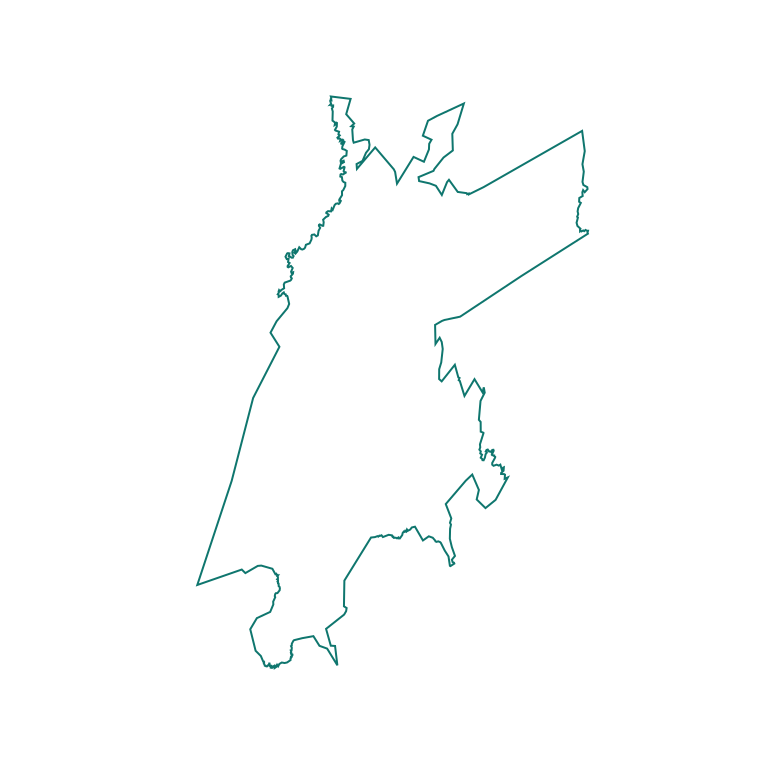 Variņu pag., Smiltenes, Latvia (Equal Earth projection), rotated 110°
{"feature_id": "27541924B26763457463148", "entity_name": "Variņu pag.", "entity_type": "district", "adm_level": 2, "iso_a3": "LVA", "parent_name": "Latvia", "parent_adm1": "Smiltenes", "projection": "equal_earth", "projection_center": [26.157, 57.319], "detail": "fine", "context": "isolated", "style": "outline", "palette": "teal", "viewbox_px": 768, "rotation_deg": 110, "n_neighbors": 0, "source": "geoboundaries", "source_scale": "gbopen_adm2", "svg_char_len": 6151}
<svg xmlns="http://www.w3.org/2000/svg" viewBox="0 0 768 768"><g transform="rotate(110 384 384)"><path d="M664.3,331.6L646.9,340.4L648.1,344.5L633.9,354.7L614.3,342.6L610.5,341.9L607.3,342.5L606.6,345.6L582.3,354.0L532.7,343.7L531.0,340.2L529.2,338.1L529.4,337.2L528.1,336.5L528.2,335.9L527.0,334.6L528.2,332.7L524.1,328.0L523.5,324.7L524.5,324.0L524.8,323.4L524.3,322.9L525.2,322.1L524.4,320.3L524.6,319.1L523.3,318.0L524.1,317.5L523.7,316.3L519.7,315.2L517.6,315.5L515.8,314.9L515.9,314.1L514.7,313.9L515.1,312.7L512.8,312.7L513.5,311.6L514.0,311.6L511.8,309.6L509.3,308.8L507.5,306.1L517.7,293.9L511.8,289.8L511.8,285.6L513.7,282.2L514.3,281.8L514.4,280.7L513.3,279.2L513.4,277.1L513.8,276.3L519.8,269.9L524.0,264.4L532.3,259.9L532.4,259.3L528.7,256.5L528.0,257.1L527.9,258.6L525.9,260.1L521.3,258.5L514.0,264.5L506.9,269.2L497.4,272.4L493.2,273.0L491.9,274.5L487.3,274.8L475.7,284.9L446.9,274.1L438.9,270.1L451.1,258.6L460.8,257.4L465.9,246.2L454.7,239.5L429.4,235.7L431.8,238.2L427.8,239.3L427.6,240.3L428.5,243.2L427.5,243.5L424.6,242.0L421.3,242.9L421.8,243.4L424.3,243.9L420.0,247.1L421.4,248.2L421.3,250.6L423.4,253.1L422.8,254.7L421.2,255.3L415.1,254.4L414.4,254.6L414.0,256.0L413.5,256.1L413.9,257.9L413.6,258.5L409.2,258.1L408.4,258.7L408.9,259.7L411.5,259.7L410.9,260.8L411.5,262.0L410.1,264.1L410.9,265.1L412.6,265.3L412.6,264.3L413.3,263.9L415.3,264.5L418.7,264.0L421.6,264.3L421.9,265.4L420.8,266.2L420.2,267.9L416.9,267.7L416.3,269.8L414.2,270.0L413.1,271.9L410.6,271.9L407.9,273.2L396.2,273.7L395.8,273.9L395.7,276.8L386.6,280.2L385.2,282.6L366.9,287.5L357.7,286.4L353.0,289.1L358.2,288.5L348.5,300.6L367.7,304.3L355.2,313.8L354.9,315.1L352.5,315.1L352.4,316.4L341.7,324.0L361.8,330.7L360.5,333.9L351.2,337.2L344.1,337.6L331.0,340.8L324.8,344.1L321.5,347.5L328.8,349.3L311.0,356.2L304.9,351.1L303.1,349.0L294.7,335.5L235.5,291.8L173.0,243.8L172.3,244.5L170.2,244.7L170.6,245.9L170.3,247.3L171.9,248.2L171.6,249.3L173.1,250.7L172.7,251.6L173.4,252.0L172.0,252.6L170.9,252.5L169.3,256.3L166.6,258.2L161.3,258.7L160.8,259.7L157.9,259.6L155.6,261.1L152.3,261.7L146.5,261.0L146.0,263.0L142.4,264.1L139.4,261.6L136.0,263.2L133.7,263.2L135.1,261.0L131.2,259.4L129.5,260.3L128.8,264.7L126.2,266.6L116.1,268.9L109.6,272.7L96.5,275.0L78.4,284.4L165.0,357.8L176.8,369.1L176.0,369.5L177.2,370.8L176.4,371.6L178.3,380.4L169.9,392.8L172.7,393.8L186.6,394.3L180.0,403.0L179.9,409.8L181.3,420.4L177.8,422.3L166.8,410.4L164.7,410.2L150.8,405.5L141.0,399.2L125.5,405.4L114.8,403.7L93.1,404.9L114.1,426.0L121.6,432.7L137.4,432.4L138.2,422.9L142.8,423.7L148.2,422.0L161.5,422.5L160.5,433.9L191.3,440.3L180.9,446.1L178.9,448.2L164.7,473.2L191.1,483.0L186.7,485.0L181.7,480.5L172.9,480.0L168.5,478.5L164.2,479.4L160.0,481.8L160.8,485.7L167.6,495.0L165.4,496.6L155.6,500.9L152.5,500.5L153.0,502.9L149.4,501.1L143.4,511.8L127.5,512.9L132.0,532.3L133.4,531.3L134.4,531.5L135.1,530.5L135.4,530.4L135.4,531.3L136.4,531.4L138.7,529.6L140.0,530.1L139.5,529.3L140.5,528.5L139.8,527.6L140.4,527.2L140.1,526.9L141.0,526.6L142.9,527.2L145.4,525.4L154.1,522.5L155.1,519.3L157.5,518.9L156.8,518.4L155.1,518.5L154.7,518.2L154.8,517.5L158.3,516.4L162.0,517.0L162.4,516.3L162.3,512.5L165.0,512.2L165.5,510.6L168.5,512.0L169.2,511.0L168.4,509.9L168.8,508.5L170.6,508.4L168.5,506.4L168.8,505.7L170.2,505.5L172.1,506.6L172.8,506.4L172.8,505.5L169.9,504.4L170.0,503.9L174.8,504.4L177.0,503.9L177.4,503.4L177.2,501.2L177.7,498.7L182.2,497.5L184.0,499.7L187.5,501.2L189.1,501.2L190.1,500.6L188.0,498.3L189.2,497.5L191.9,499.8L196.7,499.5L196.8,498.7L193.6,495.9L193.8,495.2L197.9,494.7L198.5,493.8L198.1,492.5L198.5,492.2L201.2,494.3L201.3,496.0L202.0,496.5L204.0,496.0L204.0,494.3L207.1,492.7L208.0,491.1L208.1,489.2L211.2,488.1L215.7,488.6L217.3,489.4L220.9,488.0L225.9,489.1L226.9,488.8L226.4,487.8L226.7,487.2L229.5,487.6L230.3,488.1L230.0,489.1L231.1,490.9L232.7,491.6L237.9,491.8L237.0,493.2L239.9,492.8L240.7,495.7L242.3,496.8L243.0,496.8L243.8,493.9L245.1,493.9L247.0,495.7L250.4,497.4L252.6,496.0L256.1,495.2L256.4,495.9L256.0,499.0L256.6,499.5L257.6,499.3L259.1,497.4L262.3,497.9L267.0,497.0L268.4,498.2L267.3,500.6L268.5,502.7L269.6,502.9L271.4,501.9L273.2,501.6L276.3,501.9L277.3,502.0L279.9,505.0L282.8,504.8L284.2,505.3L285.5,506.6L285.7,507.9L284.5,510.4L289.2,510.8L291.8,511.8L291.2,513.2L288.9,512.7L287.7,513.6L289.5,515.3L291.4,515.3L294.0,514.0L294.7,512.7L296.5,512.9L296.9,514.1L296.4,515.6L296.6,517.1L293.6,517.5L293.9,519.1L294.5,519.7L298.1,520.1L299.9,518.1L298.9,516.5L302.2,515.9L302.6,514.1L306.2,514.9L307.0,514.5L307.1,513.8L304.9,511.8L306.2,509.5L310.3,509.7L311.2,508.9L310.1,507.6L311.5,507.3L314.7,508.5L315.8,507.8L316.2,506.8L317.8,506.9L318.9,507.4L322.7,512.0L324.7,512.2L328.2,510.6L331.1,512.9L332.2,513.1L332.3,513.8L331.7,514.7L333.1,514.7L333.9,514.1L336.0,514.5L336.0,513.7L338.1,512.8L336.2,511.1L333.7,510.5L332.2,509.5L333.5,508.4L333.4,507.0L334.6,506.4L334.3,505.1L334.8,504.6L341.2,500.5L345.8,500.7L361.8,506.4L374.6,508.2L384.8,495.0L441.9,502.2L527.2,494.0L636.7,490.7L607.0,454.2L609.1,449.6L598.1,440.4L596.6,437.2L595.8,425.7L599.9,421.0L599.2,420.4L600.0,419.6L599.8,419.0L600.5,418.8L600.2,418.2L601.1,418.5L601.2,418.0L602.7,417.2L603.8,417.5L603.7,417.0L604.5,416.5L605.8,416.5L605.7,416.1L607.6,415.4L607.6,414.8L610.0,413.8L610.3,412.8L611.5,412.0L613.5,411.5L616.9,412.6L617.6,414.1L618.6,414.4L620.7,414.1L621.5,413.3L626.4,413.7L629.0,412.6L637.1,413.0L647.5,423.4L660.2,425.8L678.6,413.4L681.7,406.7L686.2,402.5L685.9,401.9L686.3,401.5L687.9,401.3L688.4,400.3L689.5,399.7L689.6,398.0L688.6,397.3L688.8,396.9L686.7,396.2L685.1,396.4L688.0,394.7L687.5,393.8L689.3,393.4L689.1,392.2L688.5,391.5L687.5,391.9L687.1,391.7L687.3,391.0L686.5,390.7L687.2,390.1L686.5,389.7L688.0,389.4L685.9,387.9L684.6,388.1L685.4,386.9L682.9,386.6L680.7,384.8L680.2,382.0L678.8,379.8L675.4,377.4L674.1,377.9L672.4,377.5L672.5,378.1L672.0,378.2L669.9,377.3L669.5,377.6L669.8,377.9L669.5,378.9L668.2,379.7L667.7,379.4L666.2,380.5L665.8,379.8L663.4,380.4L662.1,381.7L661.4,381.2L659.6,381.8L656.2,381.3L655.5,380.9L650.8,373.9L645.1,364.1L652.1,355.1L652.1,346.9L664.3,331.6Z" fill="none" stroke="#0f766e" stroke-width="2"/></g></svg>